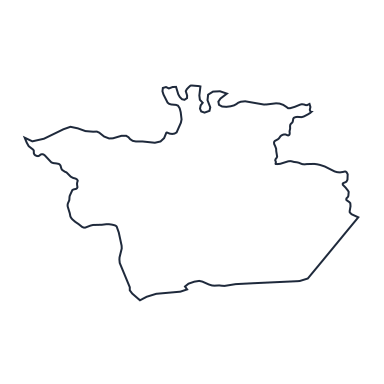 the border of Kara, rotated 88°
{"feature_id": "TGO-88", "entity_name": "Kara", "entity_type": "Region", "adm_level": 1, "iso_a3": "TGO", "parent_name": "Togo", "parent_adm1": "", "projection": "equal_earth", "projection_center": [0.654, 9.526], "detail": "fine", "context": "isolated", "style": "outline", "palette": "slate", "viewbox_px": 384, "rotation_deg": 88, "n_neighbors": 0, "source": "natural_earth", "source_scale": "10m", "svg_char_len": 3773}
<svg xmlns="http://www.w3.org/2000/svg" viewBox="0 0 384 384"><g transform="rotate(88 192 192)"><path d="M114.0,71.4L116.0,70.7L116.1,69.9L117.1,71.1L118.4,73.3L120.3,77.3L120.7,78.5L121.0,79.9L120.9,81.3L120.6,84.0L120.7,85.4L121.0,86.6L121.4,87.6L122.2,88.2L125.3,88.9L126.1,89.4L127.4,90.9L128.4,91.5L129.8,91.7L132.0,91.7L134.8,92.4L136.5,92.3L137.5,92.4L138.3,92.8L138.8,93.6L138.7,94.5L137.8,96.4L137.7,97.6L137.8,98.7L138.2,99.8L138.7,100.8L139.3,101.6L140.9,102.8L141.7,103.5L142.3,104.3L143.8,107.3L144.5,108.0L145.5,108.3L146.9,108.2L149.0,107.3L151.7,106.4L154.0,106.4L159.6,105.7L160.6,106.1L162.2,107.4L163.2,107.7L165.0,107.1L166.6,107.5L166.9,107.4L167.1,105.7L166.9,102.8L164.7,94.8L164.6,93.6L164.6,92.2L165.0,90.7L165.5,89.1L166.0,86.0L166.5,84.2L167.4,82.3L168.0,80.8L168.2,79.4L168.3,78.5L168.1,76.2L168.2,68.8L168.7,65.9L169.4,63.2L171.1,58.5L176.4,48.8L177.2,46.4L177.6,43.5L177.2,40.2L176.9,38.9L176.9,37.8L177.7,36.8L179.7,35.8L185.1,36.2L186.2,36.8L187.1,37.4L187.6,38.4L188.0,39.5L188.4,40.6L189.1,41.1L190.1,41.0L192.9,38.4L196.2,36.0L197.4,35.4L201.4,35.9L202.4,36.4L203.7,37.8L204.6,38.1L205.5,37.9L207.6,35.1L208.7,34.2L210.5,34.1L211.9,34.1L216.6,35.1L217.7,35.1L219.0,34.1L219.9,33.1L223.1,26.7L238.2,40.1L263.7,62.6L282.5,79.3L284.7,87.4L284.8,89.3L285.0,106.9L285.3,133.0L285.6,151.6L287.0,162.8L286.7,165.7L286.3,168.1L286.4,172.9L286.1,175.3L285.0,178.4L281.9,184.8L281.1,187.9L281.7,192.8L283.5,198.7L286.2,202.3L289.2,200.3L291.2,207.1L292.5,231.3L295.1,240.9L298.4,247.8L291.4,255.3L288.1,257.6L285.0,257.5L260.4,266.7L257.0,266.9L254.8,266.7L246.0,264.2L243.3,264.2L229.9,266.6L223.9,268.5L223.4,269.0L222.9,269.7L222.5,270.7L221.8,273.2L221.3,276.0L221.2,278.8L221.6,283.2L221.5,292.1L222.0,294.5L223.9,300.1L223.8,301.4L223.1,303.0L220.1,306.5L217.7,309.8L215.1,312.6L213.6,313.7L212.2,314.4L209.0,314.9L202.3,316.7L201.2,316.8L200.1,316.7L199.0,316.4L196.1,315.0L195.0,314.8L192.7,314.6L191.5,314.3L185.9,311.5L185.4,310.5L185.1,309.3L184.9,307.9L184.3,306.9L183.2,306.3L180.9,306.6L179.4,306.6L178.1,306.3L176.8,305.8L175.9,306.2L175.2,306.8L174.6,307.8L174.2,308.9L173.9,310.1L173.2,311.4L172.4,312.7L168.6,316.2L168.0,316.8L167.6,317.7L167.6,317.8L167.2,318.5L165.4,321.0L164.2,321.7L161.0,322.5L160.0,323.2L159.3,324.1L158.7,326.6L158.5,328.0L158.3,329.4L157.9,330.6L157.4,331.6L150.3,337.8L149.3,339.1L149.0,340.3L149.1,341.5L149.6,342.4L150.2,343.1L150.7,344.1L150.7,345.5L149.9,347.3L149.0,348.2L147.8,348.7L145.0,348.7L144.1,349.3L140.5,353.6L136.8,355.5L131.9,357.3L135.8,349.8L133.6,338.1L125.0,318.7L124.9,318.6L122.6,311.2L124.4,303.9L127.4,296.4L128.3,288.7L128.3,285.0L129.4,282.7L133.5,277.9L135.6,273.0L135.6,269.2L133.4,260.6L133.5,255.9L135.0,253.6L137.0,252.0L138.8,249.5L139.5,246.5L139.8,239.5L141.5,227.4L140.4,221.7L137.2,218.0L131.9,215.6L131.7,215.3L131.7,215.1L131.7,214.9L132.9,212.2L133.3,209.7L133.0,207.4L131.9,205.3L122.4,200.7L119.1,199.9L111.9,200.5L107.9,201.4L105.2,203.0L104.4,204.9L103.8,209.7L103.1,211.8L101.8,213.3L93.6,217.1L90.3,218.0L87.0,217.5L86.2,214.3L87.7,211.5L86.4,207.7L86.4,204.3L93.9,202.3L96.6,200.9L98.9,198.8L99.6,196.3L98.0,193.7L95.5,193.5L91.0,194.7L89.1,193.6L87.4,191.9L86.1,190.4L85.6,189.7L85.6,188.2L86.4,181.5L86.8,179.9L95.8,181.3L100.1,180.9L103.2,178.2L105.7,180.3L109.0,181.1L111.8,180.0L113.1,176.7L111.5,171.7L108.0,170.8L100.8,173.3L95.3,172.5L92.4,167.5L92.3,160.5L94.9,153.7L99.6,160.3L102.6,162.5L105.8,162.0L107.6,159.0L108.1,154.8L107.7,150.5L106.9,147.0L105.7,144.6L104.4,142.7L103.5,140.1L103.2,135.7L107.1,117.1L107.1,114.4L106.3,104.8L106.7,101.4L108.1,97.8L110.4,94.5L111.6,93.1L111.7,91.1L110.5,86.4L108.4,80.7L108.1,79.1L108.5,76.9L109.1,75.4L109.2,73.9L108.1,71.5L111.2,70.7L114.0,71.4Z" fill="none" stroke="#1e293b" stroke-width="2"/></g></svg>